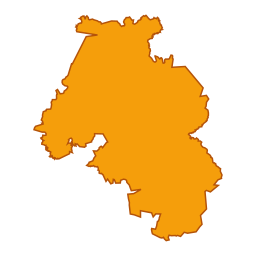 Choix, Sinaloa, Mexico
{"feature_id": "50627088B30969401121850", "entity_name": "Choix", "entity_type": "district", "adm_level": 2, "iso_a3": "MEX", "parent_name": "Mexico", "parent_adm1": "Sinaloa", "projection": "mercator", "projection_center": [-108.281, 26.663], "detail": "fine", "context": "isolated", "style": "filled", "palette": "amber", "viewbox_px": 256, "rotation_deg": 0, "n_neighbors": 0, "source": "geoboundaries", "source_scale": "gbopen_adm2", "svg_char_len": 5718}
<svg xmlns="http://www.w3.org/2000/svg" viewBox="0 0 256 256"><path d="M76.8,31.7L97.5,35.0L86.2,36.6L72.6,63.5L72.3,63.9L72.1,63.6L71.6,63.7L68.1,75.2L67.0,76.5L66.2,76.8L64.9,78.9L63.1,79.5L62.3,80.4L62.1,82.3L62.7,84.0L64.8,85.7L67.4,86.2L67.8,86.9L67.6,87.9L66.3,89.6L64.2,91.1L63.8,92.9L63.1,93.4L60.2,93.8L57.5,89.5L56.0,90.5L57.3,94.1L56.7,94.4L56.5,95.6L56.6,98.5L55.8,99.6L52.4,99.6L52.2,100.7L51.2,102.2L51.6,104.3L51.2,107.4L50.6,109.1L46.6,109.3L46.2,109.7L46.2,110.6L43.3,111.7L42.5,115.1L42.6,116.7L41.3,120.0L42.4,121.0L43.0,123.0L41.9,123.2L42.8,124.1L35.6,126.3L34.6,127.7L34.0,129.7L42.1,132.1L44.4,132.1L45.1,132.3L46.1,133.6L46.0,135.1L44.8,135.4L42.8,135.2L42.6,137.0L40.8,138.0L41.4,139.0L42.0,138.9L42.6,139.9L43.7,140.5L42.7,141.1L42.6,142.1L41.9,142.8L41.8,144.2L44.3,144.9L45.7,145.9L45.9,145.7L46.1,147.2L45.7,147.8L45.8,148.2L46.3,148.6L47.0,148.4L46.9,147.0L47.8,147.6L47.5,148.8L45.9,149.4L46.3,150.1L46.9,149.5L47.0,150.1L48.7,150.9L48.4,151.2L50.5,151.7L50.3,152.2L50.7,152.7L50.2,153.4L50.6,154.4L50.1,156.0L49.6,156.3L50.1,156.6L52.1,155.7L52.3,156.3L51.4,156.9L52.1,156.9L53.0,158.2L53.7,157.9L54.4,159.0L54.6,158.5L54.1,157.8L54.2,157.5L55.2,157.8L55.9,158.9L57.5,158.9L57.8,158.4L58.8,158.9L69.5,153.7L69.6,151.6L72.3,152.6L71.8,151.6L72.0,150.8L71.4,149.6L71.7,149.3L71.4,147.7L72.3,146.6L72.0,145.5L71.1,145.3L71.3,143.9L70.2,143.2L68.5,143.0L67.7,143.6L69.0,140.6L68.5,139.8L69.8,138.6L71.1,138.1L72.0,139.0L72.3,140.8L71.7,141.5L71.9,141.9L71.5,142.1L71.6,142.5L70.8,143.0L71.5,143.7L72.3,142.6L72.5,143.2L71.8,143.8L72.6,145.0L73.1,144.5L74.3,145.8L74.6,145.5L76.0,146.0L75.8,145.0L75.2,144.7L75.2,143.7L76.3,144.3L77.1,143.9L79.7,146.6L84.7,147.2L85.6,146.0L86.0,146.0L85.6,143.7L91.6,141.9L91.7,140.7L92.9,139.3L93.4,137.5L94.7,136.0L94.6,133.7L103.0,133.9L107.7,142.0L106.4,142.6L102.6,147.7L101.5,146.3L100.8,146.4L99.2,147.7L99.0,149.2L96.8,151.1L93.4,150.9L95.7,155.9L94.1,157.8L92.8,160.8L89.1,162.3L88.7,163.6L86.7,165.4L89.0,166.4L89.8,166.1L90.5,166.5L91.0,165.9L91.9,166.3L93.6,165.6L94.4,166.6L94.8,166.4L96.4,166.9L97.5,166.6L98.2,167.9L98.3,169.7L98.0,170.1L98.9,170.4L99.3,171.5L99.1,173.0L100.2,173.6L101.6,173.4L102.3,174.4L102.9,174.6L106.0,181.4L107.6,179.1L110.8,183.8L112.9,183.0L113.3,179.3L114.3,179.6L115.7,183.1L120.3,183.0L120.7,180.3L123.5,179.2L125.3,179.5L126.5,180.3L126.9,182.4L129.2,184.9L131.3,190.7L141.0,189.4L133.7,193.6L127.8,194.2L128.5,198.9L129.4,202.5L129.3,205.1L130.3,214.0L134.2,214.8L140.5,217.1L140.5,210.7L151.6,212.8L153.2,216.9L155.8,213.9L160.6,214.0L159.2,218.1L159.2,219.1L158.2,221.2L157.4,221.5L156.6,226.1L155.5,229.2L151.7,228.5L151.5,229.6L152.1,232.7L152.5,233.8L160.1,237.6L162.0,238.0L163.5,237.3L164.3,238.8L166.2,240.6L169.1,239.9L168.2,237.3L169.1,235.2L171.3,235.7L175.4,235.5L176.2,236.0L177.5,235.4L180.6,236.4L184.2,232.3L187.5,233.2L196.1,231.8L199.8,226.7L202.0,224.3L200.5,215.4L206.5,209.0L205.0,191.5L206.4,190.4L210.4,191.9L218.3,185.4L214.0,184.8L218.0,179.8L221.5,178.4L221.3,177.5L222.0,175.0L220.3,171.3L220.5,168.6L219.8,168.4L218.0,166.8L216.2,165.8L215.6,163.7L215.1,163.8L214.5,162.9L213.5,162.9L212.9,162.3L212.3,158.1L210.8,157.4L211.0,156.6L209.9,155.0L206.9,152.9L207.3,150.3L207.0,149.4L204.8,147.8L203.0,147.3L201.6,145.9L200.8,144.0L201.7,142.2L200.2,141.0L198.2,141.0L198.4,139.5L196.5,138.0L195.9,138.8L194.6,139.0L193.9,138.8L193.5,137.8L191.9,137.5L191.1,138.9L190.4,138.6L190.0,137.9L190.6,136.9L190.4,136.1L188.5,134.4L188.8,133.7L189.5,133.2L189.8,133.4L190.9,132.9L191.3,133.2L191.5,132.8L192.4,132.9L192.6,132.5L193.0,132.8L194.2,131.6L194.7,131.8L195.2,131.5L195.6,130.6L195.3,130.1L196.1,130.1L196.1,129.6L196.8,129.2L197.8,129.1L198.2,128.2L198.7,128.1L198.9,127.1L201.8,126.7L202.1,124.8L202.6,125.0L203.4,123.6L206.4,121.3L206.2,120.9L207.1,120.3L207.1,119.1L208.1,117.4L207.8,116.7L208.4,115.5L208.4,112.8L207.9,110.2L205.1,108.1L206.1,106.2L206.5,102.2L208.7,99.0L206.4,95.4L200.2,96.4L203.1,87.9L185.2,66.5L171.9,67.3L173.1,59.0L172.5,58.3L172.6,55.9L172.2,55.3L171.0,55.1L169.5,58.4L168.8,59.1L165.4,59.1L164.6,60.0L164.7,62.5L163.8,63.2L163.0,63.0L162.1,58.7L161.4,57.8L160.9,57.8L160.5,58.5L159.7,58.9L157.7,56.9L155.1,55.9L155.0,56.3L156.4,60.5L156.2,61.3L155.4,62.0L154.5,62.0L153.3,61.2L151.6,58.3L149.1,56.0L149.8,53.4L149.7,52.3L150.4,50.9L150.1,48.9L148.9,47.9L149.0,46.7L149.4,46.2L148.8,45.6L149.3,45.0L148.9,44.7L149.0,43.4L147.7,41.8L147.8,40.2L150.1,38.7L152.2,38.4L152.1,36.3L153.0,36.7L152.9,34.5L154.2,34.5L154.2,33.7L154.7,33.7L155.1,32.9L155.0,33.5L155.8,33.8L156.8,33.0L157.4,33.6L157.9,33.5L157.9,32.7L158.5,32.8L159.8,32.2L159.9,31.8L160.3,32.0L160.1,31.2L160.7,29.9L162.0,29.6L161.4,29.3L161.9,28.9L161.9,28.1L162.3,27.8L161.4,25.9L161.4,25.2L160.5,24.8L160.6,24.3L159.9,23.6L159.7,22.0L158.6,20.7L158.5,20.1L159.3,20.2L158.6,19.3L158.6,18.4L157.4,17.4L156.6,18.7L155.6,18.2L154.6,18.3L154.0,17.6L153.2,18.9L150.2,19.8L148.6,18.5L146.1,15.4L145.7,15.4L144.8,16.3L143.7,15.7L141.5,17.4L141.6,17.8L140.9,18.0L141.0,19.2L140.4,19.3L140.4,19.9L138.5,20.4L138.4,20.8L137.7,21.2L137.5,22.3L134.7,24.2L132.9,23.5L133.5,20.0L132.0,20.2L129.6,17.0L128.6,17.5L126.1,17.6L125.6,18.7L124.5,19.6L123.6,21.8L123.8,22.7L124.6,23.6L124.7,25.2L123.9,26.0L123.2,25.6L121.7,26.5L120.3,25.2L119.7,23.8L117.9,22.4L117.2,21.2L111.5,21.0L101.4,23.9L101.3,23.1L100.3,21.9L98.8,21.8L97.3,20.8L94.1,19.9L92.5,19.1L89.4,19.8L88.6,19.3L88.3,17.6L86.9,15.9L85.5,17.2L85.4,18.6L85.1,18.8L83.9,16.0L83.4,16.3L82.8,16.1L80.7,17.3L80.9,18.2L79.6,18.5L81.3,19.6L81.8,21.6L81.6,22.7L80.9,23.3L80.4,23.0L78.2,23.9L78.0,24.8L77.0,25.4L77.2,26.6L76.9,26.7L76.3,25.8L76.2,26.6L75.8,27.0L76.2,27.2L77.0,28.9L76.3,30.1L76.8,31.7Z" fill="#f59e0b" stroke="#b45309" stroke-width="1.5"/></svg>